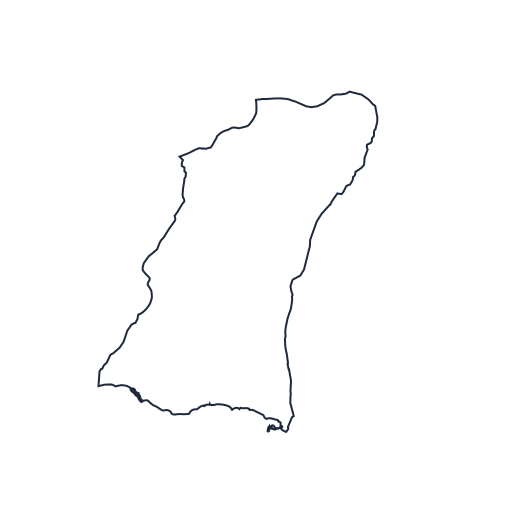 the district of Bajil, Al Hudaydah, Yemen, rotated 301°
{"feature_id": "15242507B92683143356250", "entity_name": "Bajil", "entity_type": "district", "adm_level": 2, "iso_a3": "YEM", "parent_name": "Yemen", "parent_adm1": "Al Hudaydah", "projection": "orthographic", "projection_center": [42.982, 15.041], "detail": "fine", "context": "isolated", "style": "outline", "palette": "slate", "viewbox_px": 512, "rotation_deg": 301, "n_neighbors": 0, "source": "geoboundaries", "source_scale": "gbopen_adm2", "svg_char_len": 5885}
<svg xmlns="http://www.w3.org/2000/svg" viewBox="0 0 512 512"><g transform="rotate(301 256 256)"><path d="M445.0,251.5L442.0,249.9L439.9,247.8L439.7,247.1L438.6,246.2L435.7,241.5L433.2,239.3L429.4,238.2L422.2,235.7L415.8,231.3L412.0,226.7L410.2,222.0L408.7,210.3L407.6,205.9L407.3,203.9L406.3,201.1L403.7,195.8L401.0,191.4L395.7,183.7L394.1,181.0L389.8,175.5L387.2,177.5L381.6,181.1L378.5,182.6L373.6,183.1L370.0,183.1L364.5,182.4L363.0,181.7L361.6,180.5L356.8,175.7L355.4,172.2L354.7,170.8L353.6,169.4L349.2,166.7L348.6,165.9L345.8,163.7L342.6,162.1L338.5,160.9L337.0,161.3L328.8,161.5L325.9,161.4L322.0,157.7L320.8,154.9L320.4,154.8L319.7,152.8L319.1,151.7L315.8,149.2L309.2,145.1L301.8,139.3L300.6,144.0L298.8,144.2L297.1,144.7L295.0,146.0L295.0,149.0L292.9,150.4L291.6,151.1L291.4,153.0L287.8,154.8L285.0,154.9L283.3,155.9L276.5,158.6L271.3,161.2L269.9,162.1L268.6,163.3L267.8,164.8L266.4,166.1L265.5,166.5L264.2,166.1L263.1,166.0L253.5,166.0L248.5,165.6L245.9,168.0L244.2,168.3L234.9,167.5L224.1,167.3L220.4,166.5L217.0,166.7L210.9,167.8L206.3,166.3L200.5,164.2L192.2,163.5L187.9,164.7L185.5,166.2L184.9,167.6L184.3,169.2L183.4,172.3L183.0,174.2L182.3,176.2L181.6,176.8L180.3,177.1L178.6,177.1L177.0,177.4L175.5,178.0L174.5,180.3L172.4,184.0L170.8,185.4L167.7,187.6L166.1,188.4L162.5,189.3L160.8,189.6L159.1,189.7L155.5,189.4L153.5,189.1L149.7,188.0L147.8,187.1L146.1,186.2L145.9,185.8L145.2,185.3L140.7,186.9L136.5,187.1L135.6,186.1L134.2,185.4L133.2,184.6L125.5,184.2L114.3,186.7L107.1,186.3L98.5,183.5L97.8,182.8L96.3,182.1L87.6,183.0L83.9,181.9L80.1,182.3L79.1,181.3L76.5,181.3L63.3,188.0L67.4,192.1L69.5,195.1L70.5,197.1L70.7,196.9L71.0,197.3L71.0,197.5L71.6,198.8L71.7,199.5L71.9,201.4L71.8,202.5L72.0,202.9L73.8,204.6L74.1,205.1L75.9,207.0L77.1,209.4L77.7,211.1L78.1,212.5L78.4,216.0L78.3,217.1L78.4,217.7L79.1,218.8L79.3,220.1L78.9,221.2L78.8,221.4L78.6,221.3L78.2,221.4L77.6,222.4L77.7,223.5L77.4,223.8L77.5,225.1L77.8,225.2L77.9,225.6L77.4,225.5L76.9,227.2L76.3,227.8L76.2,228.4L74.2,230.8L73.9,231.3L73.4,231.8L73.2,232.0L73.5,232.3L73.3,232.4L72.9,232.2L72.9,231.9L73.2,231.2L73.0,231.4L72.9,231.3L73.1,230.9L73.4,230.7L73.8,229.8L74.3,229.5L73.6,229.5L73.7,229.3L73.9,229.3L73.8,229.2L74.5,228.7L74.9,228.2L75.5,227.9L75.1,227.8L74.9,228.0L75.0,227.7L74.8,227.7L75.6,227.1L75.4,227.0L75.2,227.2L75.7,226.6L75.7,226.1L75.8,225.7L75.6,225.5L76.0,225.2L75.7,225.1L76.0,224.9L75.9,224.6L76.3,224.2L76.3,223.4L76.5,223.0L77.0,222.6L76.7,222.6L76.2,223.1L76.3,222.8L76.8,222.6L76.1,222.9L76.3,222.6L76.4,222.2L76.7,222.0L76.4,222.1L76.4,221.8L76.8,221.0L76.8,220.6L77.1,219.7L77.7,219.3L77.1,219.2L77.4,219.0L77.4,218.9L77.4,218.6L77.2,218.6L77.2,218.4L77.5,217.6L77.4,217.1L77.7,217.0L77.6,216.8L77.3,216.9L76.7,217.6L76.2,218.5L75.6,222.2L74.8,224.0L74.5,226.8L74.1,227.6L72.6,230.0L72.1,231.3L71.8,232.9L71.9,233.1L74.0,234.1L75.8,236.1L76.3,237.3L76.3,238.5L76.1,239.5L75.8,240.0L75.5,242.1L75.3,242.4L75.4,242.8L75.2,243.2L75.3,244.3L75.2,244.4L75.2,245.0L75.6,248.1L75.6,250.6L75.4,251.5L75.5,253.3L75.4,255.0L75.9,256.2L78.0,258.8L78.4,259.9L78.7,261.6L78.6,262.2L78.2,263.8L77.4,264.7L77.6,266.7L78.7,268.7L80.0,270.1L80.8,271.5L81.2,271.9L82.9,275.1L85.9,279.7L89.4,280.0L91.6,281.0L93.0,282.4L93.4,283.2L94.3,284.4L95.7,285.0L97.3,285.4L99.9,287.0L101.0,288.3L100.1,289.3L101.3,288.0L100.2,289.8L101.0,288.8L101.7,289.1L103.2,290.4L104.2,291.9L104.5,292.7L105.0,292.6L104.6,293.0L105.4,294.0L105.5,294.4L105.4,294.6L105.6,294.8L105.5,295.0L107.0,297.2L108.6,298.5L110.4,301.7L111.4,303.8L112.8,307.8L113.2,310.8L113.0,312.1L112.5,313.5L111.8,314.3L111.8,314.7L113.3,315.3L114.3,315.9L115.2,316.7L116.0,317.7L116.4,318.7L116.2,320.7L117.9,320.9L118.7,323.1L121.0,326.6L121.5,328.6L121.1,328.7L120.8,329.4L120.9,330.1L122.4,332.4L123.4,344.3L121.9,346.6L121.7,348.8L123.7,350.6L124.2,352.0L124.8,352.8L124.8,353.7L125.4,354.8L125.5,356.0L125.9,357.3L126.2,357.6L126.6,359.4L126.4,359.8L126.0,359.9L125.6,360.8L126.0,361.4L126.0,362.4L125.9,362.8L125.0,363.3L124.9,363.6L123.8,363.9L123.5,364.3L123.5,365.5L123.1,365.5L123.1,366.5L122.8,366.6L122.5,366.5L122.6,365.5L122.1,365.0L121.3,365.0L121.2,364.7L120.9,364.8L120.6,364.6L120.3,364.1L119.2,363.4L119.4,363.0L119.4,362.7L118.5,362.3L118.3,361.6L118.8,360.6L118.8,360.0L119.6,358.8L119.6,358.1L119.3,357.2L118.2,357.2L118.1,356.9L117.9,356.9L117.4,357.0L117.2,357.3L117.3,357.7L117.1,357.9L116.4,358.1L116.2,357.7L116.2,357.4L116.1,357.2L116.2,356.9L115.9,356.6L115.3,355.6L115.4,355.2L117.1,355.6L117.3,355.3L116.7,355.4L116.1,354.8L115.9,354.8L114.4,355.1L111.8,356.2L111.9,357.0L112.9,357.3L113.2,356.7L113.2,356.4L113.7,356.3L114.3,356.3L114.9,356.6L115.4,357.1L115.8,357.7L116.4,359.4L116.9,360.1L116.7,360.9L117.1,361.4L117.0,361.6L118.7,362.9L119.8,364.2L120.4,364.6L120.9,365.6L120.9,366.9L120.5,367.6L120.4,369.1L120.4,370.5L120.8,372.5L124.6,372.7L125.9,371.4L136.5,369.9L138.2,370.8L147.7,361.1L152.0,358.6L156.2,356.6L157.3,355.5L158.5,354.8L167.1,350.3L175.9,342.6L175.7,342.3L179.8,338.6L180.4,338.8L187.8,332.9L191.6,329.3L193.0,328.2L194.9,326.8L198.5,324.4L200.1,323.4L202.3,322.8L206.2,320.0L210.8,318.0L218.5,315.3L224.1,314.0L227.7,313.4L232.9,311.4L236.8,309.7L238.0,309.0L239.5,307.8L241.8,307.2L243.0,305.6L244.8,303.7L247.9,301.1L254.1,299.7L254.7,299.7L262.1,304.1L269.2,304.1L292.2,297.1L297.8,294.1L316.8,290.3L325.9,290.5L337.7,292.8L338.1,293.2L342.0,292.9L351.5,293.5L353.1,297.5L355.6,297.9L362.7,297.4L365.7,299.8L370.7,299.8L373.9,298.5L375.6,299.2L377.3,298.9L379.3,297.9L383.5,300.0L384.2,300.1L385.5,300.9L389.5,301.6L390.4,301.4L396.4,298.4L404.7,296.9L406.6,294.8L408.6,293.8L411.0,295.5L412.5,296.2L413.9,296.2L416.6,294.8L419.6,295.3L422.7,293.5L424.1,292.9L425.6,292.8L426.1,293.1L433.5,290.8L437.3,288.6L446.1,280.8L446.2,278.6L446.5,277.0L447.7,273.5L448.2,271.2L448.3,269.1L448.7,262.9L448.2,261.9L445.0,251.5Z" fill="none" stroke="#1e293b" stroke-width="2"/></g></svg>